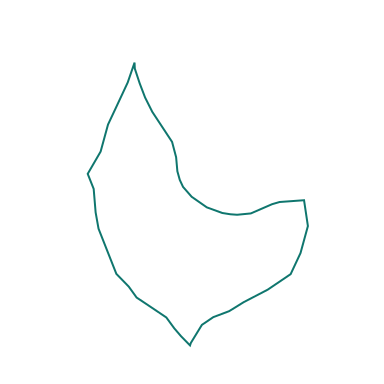 Kowon, Hamgyŏng-namdo, North Korea, rotated 248°
{"feature_id": "82179303B22851132027505", "entity_name": "Kowon", "entity_type": "district", "adm_level": 2, "iso_a3": "PRK", "parent_name": "North Korea", "parent_adm1": "Hamgyŏng-namdo", "projection": "robinson", "projection_center": [127.128, 39.407], "detail": "fine", "context": "isolated", "style": "outline", "palette": "teal", "viewbox_px": 384, "rotation_deg": 248, "n_neighbors": 0, "source": "geoboundaries", "source_scale": "gbopen_adm2", "svg_char_len": 701}
<svg xmlns="http://www.w3.org/2000/svg" viewBox="0 0 384 384"><g transform="rotate(248 192 192)"><path d="M333.5,187.2L317.6,173.4L298.6,153.0L286.0,139.4L263.7,122.4L247.9,102.1L231.7,102.0L209.2,95.0L193.0,91.6L170.3,91.4L144.4,91.2L128.0,97.9L114.9,101.1L105.1,107.8L85.3,121.2L72.2,124.5L62.4,127.8L50.5,132.7L52.5,134.4L65.1,151.4L68.0,164.9L67.6,181.8L70.5,198.7L73.1,225.7L78.9,252.7L94.7,269.7L117.0,286.7L142.4,292.8L149.9,269.5L150.7,261.7L150.1,238.5L154.0,225.3L157.0,219.2L161.2,212.2L172.2,200.0L187.7,189.9L200.1,185.6L207.8,185.2L216.7,186.2L230.2,190.3L245.9,192.3L281.2,185.2L297.2,183.9L312.4,184.2L327.9,185.2L333.5,187.2Z" fill="none" stroke="#0f766e" stroke-width="2"/></g></svg>